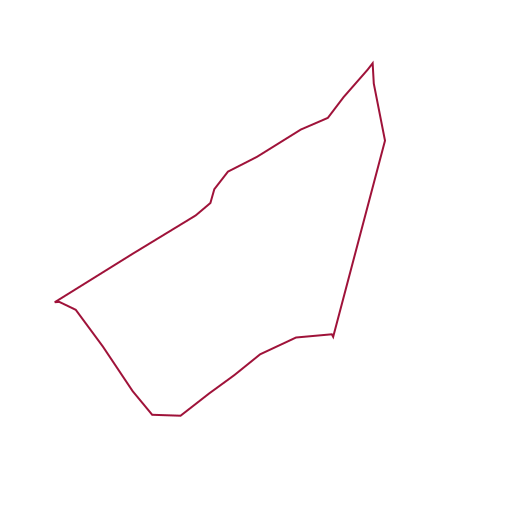 Jung-gu [Central District], Ulsan, South Korea, rotated 150°
{"feature_id": "91817680B57927404517776", "entity_name": "Jung-gu [Central District]", "entity_type": "district", "adm_level": 2, "iso_a3": "KOR", "parent_name": "South Korea", "parent_adm1": "Ulsan", "projection": "robinson", "projection_center": [129.305, 35.564], "detail": "fine", "context": "isolated", "style": "outline", "palette": "rose", "viewbox_px": 512, "rotation_deg": 150, "n_neighbors": 0, "source": "geoboundaries", "source_scale": "gbopen_adm2", "svg_char_len": 486}
<svg xmlns="http://www.w3.org/2000/svg" viewBox="0 0 512 512"><g transform="rotate(150 256 256)"><path d="M229.6,147.4L86.6,291.4L67.8,346.4L58.6,364.6L66.3,361.5L100.7,349.8L124.7,339.7L153.9,343.1L205.5,341.4L238.1,343.1L258.7,334.7L269.0,324.7L287.9,321.3L361.7,319.6L453.4,316.6L449.3,314.6L439.0,299.5L433.9,254.2L430.4,200.6L425.3,170.4L401.2,155.4L365.2,160.4L334.2,163.7L301.6,168.8L262.1,165.4L229.5,150.3L229.6,147.4Z" fill="none" stroke="#9f1239" stroke-width="2"/></g></svg>